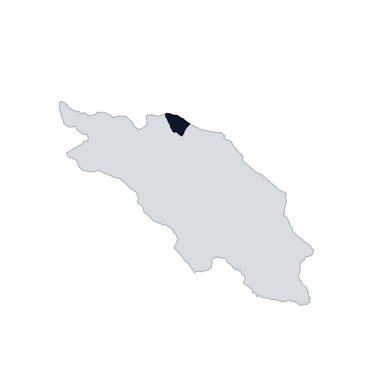 location of Xatanbulag, Dornogovi, Mongolia, rotated 214°
{"feature_id": "93677404B73496308227774", "entity_name": "Xatanbulag", "entity_type": "district", "adm_level": 2, "iso_a3": "MNG", "parent_name": "Mongolia", "parent_adm1": "Dornogovi", "projection": "robinson", "projection_center": [109.203, 43.024], "detail": "fine", "context": "in_parent", "style": "filled", "palette": "ink", "viewbox_px": 384, "rotation_deg": 214, "n_neighbors": 0, "source": "geoboundaries", "source_scale": "gbopen_adm2", "svg_char_len": 4893}
<svg xmlns="http://www.w3.org/2000/svg" viewBox="0 0 384 384"><g transform="rotate(214 192 192)"><path d="M33.6,162.7L34.8,162.7L36.7,161.5L37.0,159.9L37.7,159.1L42.1,158.6L44.0,159.1L44.4,158.1L44.8,158.0L45.8,158.8L46.8,158.4L47.5,158.1L48.3,156.9L49.7,157.1L52.4,155.8L52.5,153.4L53.6,152.9L55.9,152.4L56.3,151.4L56.8,151.1L58.5,150.8L61.5,149.6L62.9,149.5L64.0,148.5L66.7,147.1L70.6,146.5L71.0,145.8L74.7,143.7L78.5,143.7L79.7,141.8L80.3,141.7L82.8,143.8L83.9,143.5L84.4,142.7L85.9,142.7L86.5,144.2L87.3,144.8L98.5,145.4L98.8,146.0L99.1,149.5L101.0,151.2L101.4,151.9L104.5,151.7L106.2,153.0L108.9,153.0L110.2,153.3L112.9,152.1L113.5,152.1L114.3,152.7L115.6,152.2L118.0,153.5L119.9,153.2L120.8,153.7L121.9,153.3L124.6,153.7L126.6,155.6L128.1,155.5L130.0,154.2L130.5,153.3L133.1,152.9L134.6,152.1L135.7,151.3L137.3,148.5L137.8,145.7L136.5,145.3L135.4,144.3L134.9,142.8L134.8,141.8L133.7,140.2L133.9,139.4L134.7,138.0L135.2,135.7L136.2,134.5L138.0,133.8L138.2,132.9L139.4,131.2L142.3,130.2L144.0,128.3L145.0,126.3L146.3,127.3L149.8,128.7L152.8,129.3L154.6,130.8L159.9,131.1L168.6,134.5L170.4,134.3L175.6,135.7L176.0,136.2L175.9,138.7L176.3,139.4L176.3,142.1L177.3,143.4L176.9,145.1L177.4,145.6L178.7,145.8L180.7,147.5L185.3,148.7L186.7,149.8L189.9,150.5L191.6,150.1L194.3,150.3L195.2,150.2L197.0,148.9L198.1,148.5L204.3,147.5L206.0,146.6L207.1,146.4L211.9,147.3L215.2,148.5L220.1,148.4L222.3,149.8L223.2,151.2L225.1,152.4L231.8,152.9L232.1,153.2L232.0,156.1L232.3,156.6L236.6,159.8L238.6,160.7L244.8,160.5L254.3,162.6L256.5,162.0L258.5,163.0L259.3,162.9L265.4,160.3L266.4,160.4L272.7,159.4L276.8,158.1L279.9,158.2L282.3,157.0L283.3,154.8L287.3,152.1L294.3,148.9L298.7,149.4L301.2,150.5L304.0,152.9L305.5,153.5L308.4,153.7L312.4,152.1L314.5,152.5L316.5,153.2L317.9,154.4L311.9,166.7L311.9,167.4L309.9,170.0L309.7,174.1L307.2,175.6L307.6,177.9L308.2,178.7L311.1,181.1L312.0,180.8L312.8,179.8L314.3,179.0L317.1,179.2L319.6,178.8L322.7,179.6L325.5,181.5L329.5,177.3L333.3,176.8L336.8,177.4L339.5,180.2L342.8,181.5L343.7,183.1L345.0,183.8L345.4,184.5L349.4,187.8L350.3,189.9L351.4,191.4L351.5,193.0L351.3,193.8L349.7,194.6L344.2,194.2L341.0,192.7L339.8,193.5L335.6,193.2L333.3,193.8L331.7,194.4L330.8,195.4L330.0,195.7L329.3,195.6L328.1,194.8L327.0,194.8L326.7,195.0L326.0,197.6L322.5,197.6L321.3,197.3L318.3,198.5L317.9,199.5L316.4,200.9L315.0,203.6L315.3,204.7L314.9,205.4L312.3,206.8L309.8,208.9L304.6,209.8L302.2,209.9L300.3,209.4L298.5,209.8L297.2,212.1L293.8,215.0L288.9,217.8L279.9,216.1L278.8,215.7L276.9,213.9L271.7,213.8L270.2,215.0L268.9,216.8L266.8,222.6L268.9,225.9L271.3,228.1L272.2,229.6L272.3,230.9L270.6,231.5L268.4,233.6L262.9,235.6L256.7,242.8L245.8,247.0L239.1,247.3L233.8,246.9L219.4,248.9L210.1,252.6L203.1,255.9L201.6,257.4L200.9,257.7L199.6,257.1L195.9,256.9L196.0,254.1L187.8,255.7L181.3,252.5L171.9,250.6L170.1,249.8L167.0,246.2L165.3,245.7L161.2,245.6L149.9,244.0L144.5,245.4L121.4,242.6L113.0,243.4L112.7,243.1L112.3,240.8L108.5,237.3L108.0,236.4L107.9,235.1L105.1,227.8L103.2,226.8L103.6,223.8L100.5,224.0L97.2,222.8L93.8,220.7L92.2,219.1L89.8,218.7L86.9,215.9L85.6,215.3L78.3,214.2L74.6,214.5L70.6,213.8L66.1,213.7L64.7,213.1L63.4,213.1L60.9,211.9L59.1,212.2L57.3,208.1L58.1,205.5L59.1,204.0L61.4,201.7L61.4,200.8L60.7,198.8L62.3,195.1L62.0,192.8L61.1,190.2L59.6,189.6L57.8,186.1L57.3,183.4L56.6,181.5L54.4,180.4L53.8,178.7L53.1,178.6L52.6,179.1L51.3,179.3L50.0,178.3L49.3,177.1L48.6,176.8L47.1,176.9L45.7,177.4L44.2,177.2L43.1,176.1L39.8,174.4L39.9,173.2L39.5,172.4L38.5,172.2L37.5,171.3L34.4,170.3L34.4,169.7L35.4,168.4L33.2,167.3L32.5,166.2L33.9,164.7L33.5,163.7L33.6,162.7Z" fill="#d9dde1" stroke="#a8b0b8" stroke-width="1"/><path d="M232.0,233.2L232.1,236.3L232.7,237.4L232.8,238.7L232.8,239.2L232.9,239.9L233.0,241.2L232.8,242.1L232.8,243.5L232.4,245.2L232.5,246.0L232.3,247.1L232.9,247.0L233.5,246.9L234.0,246.8L234.6,246.7L235.1,247.0L235.8,247.0L236.2,247.0L236.7,246.9L237.5,247.0L238.6,247.2L239.2,247.3L239.8,247.3L240.2,247.3L240.3,247.4L240.6,247.4L240.7,247.5L241.2,247.3L241.3,247.2L241.8,247.0L242.1,246.9L242.3,246.8L242.5,246.8L242.8,246.8L243.1,246.8L243.4,246.9L243.8,246.9L244.3,247.0L244.6,247.0L245.0,247.0L245.3,247.1L245.5,247.0L245.9,246.9L246.2,246.9L246.5,246.9L246.9,246.8L247.3,246.8L247.4,246.7L247.8,246.6L248.1,246.4L248.3,246.3L248.7,246.0L249.3,245.5L250.0,245.2L250.7,244.9L250.9,244.9L251.2,244.7L251.6,244.6L252.4,244.5L252.7,244.5L253.2,244.5L253.4,244.5L253.7,244.4L253.9,244.1L254.0,244.1L254.6,243.8L255.0,243.7L255.7,243.4L256.0,243.3L256.6,243.0L256.7,242.9L256.8,242.8L257.0,242.7L257.3,242.1L256.0,240.3L254.0,239.3L252.7,238.9L252.2,238.2L250.1,237.1L249.1,236.3L247.6,235.9L247.3,235.5L246.9,235.2L245.5,233.7L243.8,233.1L243.7,233.0L243.5,232.9L242.4,232.3L242.1,232.2L240.8,231.7L238.4,233.7L237.0,233.3L235.9,233.2L234.6,232.9L233.6,233.0L232.0,233.2Z" fill="#0f172a" stroke="#020617" stroke-width="1.5"/></g></svg>